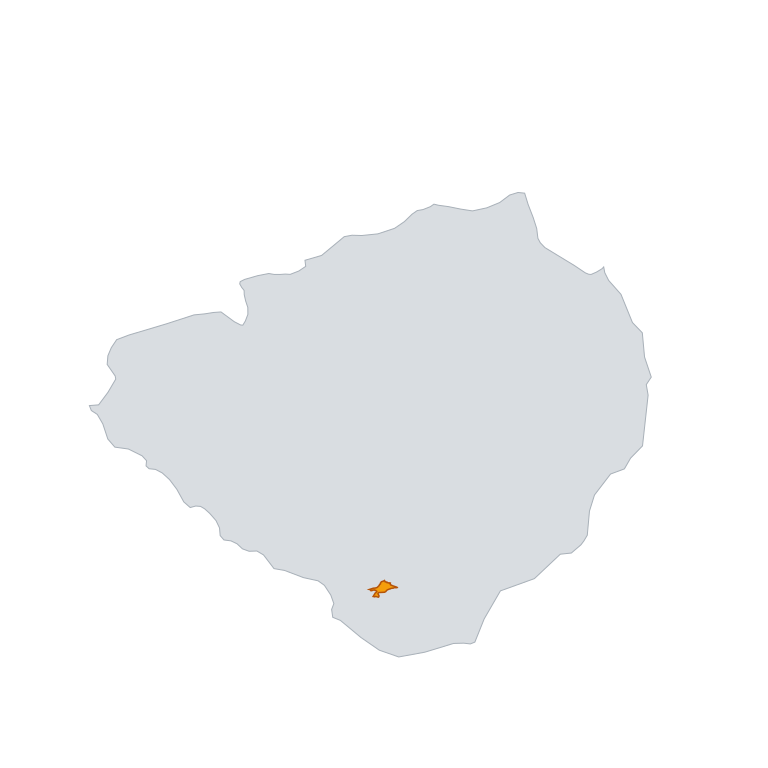 Palmitas, Soriano, Uruguay shown in context, rotated 299°
{"feature_id": "84410073B71248424630997", "entity_name": "Palmitas", "entity_type": "district", "adm_level": 2, "iso_a3": "URY", "parent_name": "Uruguay", "parent_adm1": "Soriano", "projection": "albers", "projection_center": [-57.799, -33.471], "detail": "fine", "context": "in_parent", "style": "filled", "palette": "amber", "viewbox_px": 768, "rotation_deg": 299, "n_neighbors": 0, "source": "geoboundaries", "source_scale": "gbopen_adm2", "svg_char_len": 3065}
<svg xmlns="http://www.w3.org/2000/svg" viewBox="0 0 768 768"><g transform="rotate(299 384 384)"><path d="M592.9,519.4L588.4,523.1L583.5,530.3L577.3,547.8L558.2,571.5L554.0,585.1L533.9,598.8L519.6,614.4L510.6,613.7L502.3,620.4L455.2,640.1L438.7,635.6L426.3,635.4L415.1,625.8L389.0,621.9L372.5,625.3L350.3,635.1L343.6,634.9L338.8,634.2L327.0,629.8L320.6,620.7L286.7,609.9L259.5,586.1L227.1,585.5L202.3,588.6L198.5,585.5L196.0,579.4L190.8,570.6L169.3,549.8L152.4,529.2L148.9,508.9L151.1,486.7L156.1,460.4L155.1,452.3L161.4,447.5L167.6,446.6L173.6,439.8L179.0,429.5L179.9,421.7L175.6,407.4L172.7,387.3L169.2,377.3L176.1,361.5L176.3,353.8L172.3,347.1L171.2,340.1L173.0,333.0L172.6,326.2L170.0,319.6L172.0,314.2L178.4,309.9L183.1,303.3L186.3,294.4L187.9,287.6L188.0,282.9L186.0,278.5L182.0,274.4L183.8,266.1L191.5,253.8L196.4,242.8L198.7,233.2L198.5,225.5L196.0,219.6L197.0,215.6L201.8,213.5L203.9,207.3L203.2,191.9L198.3,179.2L202.0,169.1L212.8,157.4L218.4,148.0L218.9,140.9L222.3,136.8L227.4,144.5L242.8,146.6L258.2,147.0L260.7,145.0L266.9,132.4L274.9,128.8L283.6,127.9L293.2,128.7L303.2,137.2L331.5,164.9L352.3,184.3L358.5,193.3L363.9,200.2L368.0,206.5L365.9,222.8L366.1,229.9L367.0,232.0L371.8,232.2L378.9,231.2L384.9,227.8L389.6,222.7L394.3,218.5L398.0,216.3L399.4,212.9L401.6,209.3L403.8,208.6L407.9,211.4L417.4,220.9L424.8,229.7L426.5,234.6L429.3,239.8L432.3,244.4L434.4,248.8L441.5,254.7L448.9,258.5L453.9,254.9L466.2,267.1L493.6,277.8L498.6,283.9L503.1,292.6L512.3,305.8L525.3,317.8L535.9,323.1L546.1,326.2L551.8,329.0L555.5,333.6L561.6,338.6L565.5,340.5L566.7,344.9L570.4,354.4L574.2,366.4L578.3,377.5L587.9,388.5L598.8,397.2L610.2,402.3L616.5,408.4L619.1,414.5L610.9,423.0L601.9,433.8L594.0,442.2L586.0,448.0L583.3,452.2L581.3,458.6L579.9,493.3L578.8,506.2L579.2,509.7L580.2,512.0L584.9,515.6L590.5,518.8L592.9,519.4Z" fill="#d9dde1" stroke="#a8b0b8" stroke-width="1"/><path d="M192.9,477.5L193.2,478.5L193.4,479.2L194.2,479.6L194.8,482.4L195.1,482.6L195.7,482.6L196.1,482.3L196.5,482.2L197.0,481.4L197.3,481.0L197.5,480.5L198.0,480.2L199.1,480.6L202.1,485.4L203.3,486.2L204.4,486.3L205.7,486.8L206.6,487.6L207.4,488.2L207.7,488.7L208.5,489.1L210.3,491.5L211.4,492.0L211.5,493.2L212.4,494.2L212.5,494.0L212.4,492.9L212.2,491.9L211.7,489.2L211.7,488.6L211.6,488.3L211.5,488.0L211.7,487.7L211.5,487.1L211.7,486.8L212.0,486.6L212.3,486.4L212.3,485.9L212.6,485.9L212.8,486.0L213.0,486.0L213.0,485.7L212.9,485.5L212.8,485.3L212.7,485.2L212.4,484.7L212.2,484.3L212.1,483.9L212.0,483.7L212.1,483.3L212.2,483.0L212.1,482.8L211.8,482.7L212.0,482.2L211.9,482.0L211.8,481.4L211.5,481.0L212.4,479.7L211.4,479.1L209.8,477.6L208.0,477.4L207.5,477.8L206.3,477.3L205.6,477.5L202.8,476.7L201.4,475.4L200.2,473.6L197.2,470.8L197.3,471.2L197.3,471.7L197.7,471.9L197.6,472.2L197.2,472.3L196.9,472.6L196.9,472.9L197.2,473.1L197.3,473.4L197.6,473.8L198.1,474.1L198.4,474.5L198.9,475.0L199.2,475.3L199.2,475.7L199.1,476.1L199.3,476.4L199.5,476.8L199.4,477.1L199.3,477.4L199.2,478.2L197.5,478.1L197.1,477.7L192.9,477.5Z" fill="#f59e0b" stroke="#b45309" stroke-width="1.5"/></g></svg>